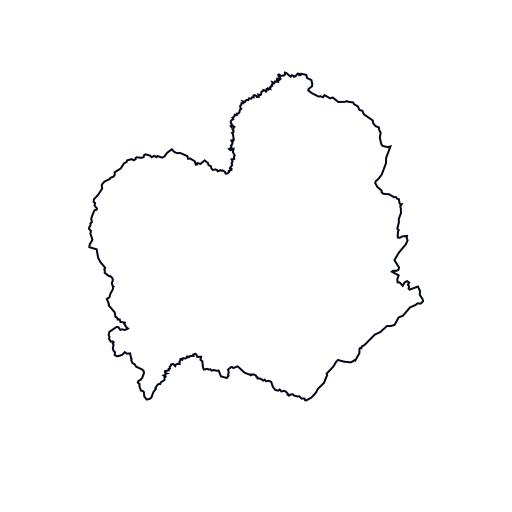 Si Satchanalai, Sukhothai, Thailand, rotated 328°
{"feature_id": "78962969B22677252120762", "entity_name": "Si Satchanalai", "entity_type": "district", "adm_level": 2, "iso_a3": "THA", "parent_name": "Thailand", "parent_adm1": "Sukhothai", "projection": "albers", "projection_center": [99.746, 17.588], "detail": "fine", "context": "isolated", "style": "outline", "palette": "ink", "viewbox_px": 512, "rotation_deg": 328, "n_neighbors": 0, "source": "geoboundaries", "source_scale": "gbopen_adm2", "svg_char_len": 6124}
<svg xmlns="http://www.w3.org/2000/svg" viewBox="0 0 512 512"><g transform="rotate(328 256 256)"><path d="M377.7,115.8L376.4,117.6L375.5,117.8L372.3,116.2L371.8,114.3L371.0,114.1L370.3,116.1L370.8,117.3L370.1,117.9L370.5,118.8L368.2,119.2L368.5,118.0L367.9,116.9L366.6,118.3L366.6,119.7L364.5,118.0L363.1,119.1L361.9,117.2L361.5,119.0L360.3,119.1L359.8,120.2L359.0,119.9L358.6,120.5L357.1,120.3L356.7,121.7L356.4,121.2L355.0,121.5L354.6,119.2L354.4,120.6L353.5,120.1L352.6,121.6L351.5,121.9L351.1,119.9L350.1,119.1L349.4,119.8L347.7,119.6L345.8,121.8L345.0,121.8L343.5,120.3L342.7,122.5L341.0,121.6L341.0,120.1L339.8,118.6L338.8,118.7L338.1,120.2L336.8,119.4L335.2,120.0L333.5,118.6L332.1,119.7L330.5,118.5L328.4,119.5L326.8,117.9L327.0,119.4L325.9,119.6L324.6,118.7L323.6,119.9L322.2,120.2L321.3,122.1L321.5,123.4L319.6,123.6L318.0,125.4L316.7,125.8L315.2,125.1L314.4,126.3L312.8,124.9L311.5,126.3L309.3,126.2L309.2,127.9L307.0,127.9L305.7,128.8L305.1,130.0L305.3,132.3L303.5,132.3L303.5,133.8L305.0,133.2L306.1,135.0L303.1,136.5L303.4,137.7L302.6,138.9L300.9,138.9L301.1,140.3L298.7,145.7L297.2,146.5L297.1,145.2L296.3,144.9L296.0,147.7L294.4,149.0L293.3,149.0L292.7,151.1L289.9,150.9L290.5,152.8L293.7,153.3L291.5,155.5L291.2,159.4L289.8,160.3L288.9,162.1L286.5,161.1L286.3,163.4L284.4,164.5L284.1,166.2L280.3,167.7L280.3,168.4L281.4,169.1L280.8,170.0L278.0,169.5L277.7,170.5L275.1,170.8L273.9,170.0L274.2,168.0L272.9,165.6L271.7,165.4L271.2,164.2L268.5,164.0L268.4,162.4L267.5,161.1L264.9,160.1L264.6,157.9L265.3,156.0L263.9,153.8L264.5,151.8L263.1,147.7L257.7,148.5L255.5,146.1L254.4,147.1L253.4,146.7L254.2,143.0L251.7,138.3L249.9,137.6L250.7,135.0L246.6,128.8L243.1,126.5L241.6,123.7L241.2,120.9L235.2,121.4L230.9,123.1L228.6,122.9L225.4,119.0L224.0,119.5L222.8,117.2L219.8,116.9L219.4,114.8L216.1,111.2L214.6,111.2L213.0,112.6L210.8,112.0L207.0,109.0L205.9,109.1L205.2,110.1L202.9,110.0L202.0,108.0L197.3,106.6L196.4,107.6L193.1,107.5L187.6,110.1L180.5,110.1L179.2,112.3L177.3,113.2L173.9,112.5L172.8,113.2L166.9,112.6L163.9,113.5L162.6,114.3L161.3,117.3L154.4,120.5L148.6,122.0L147.0,124.0L147.6,125.8L145.8,127.7L146.3,131.4L145.2,132.3L143.4,131.6L140.6,133.4L136.2,136.8L134.7,140.3L132.7,140.7L132.0,142.2L129.4,143.6L128.8,144.4L129.3,147.2L127.4,149.4L125.9,155.6L121.3,157.9L119.3,160.2L124.4,165.9L121.2,173.8L120.8,178.4L121.8,186.1L120.3,186.9L120.2,188.1L118.8,190.0L120.7,195.3L121.8,195.8L122.5,199.1L121.2,201.3L119.4,202.5L118.6,204.9L119.0,206.5L118.1,206.7L117.2,208.2L112.0,211.2L109.9,213.4L106.8,213.3L105.8,218.8L104.9,219.7L106.3,228.9L104.5,233.3L105.6,234.8L105.0,236.6L106.8,237.5L106.1,240.1L109.5,243.0L108.2,243.9L108.6,245.5L108.1,246.6L109.0,249.7L105.4,249.2L103.7,247.3L101.7,246.7L101.6,243.5L100.2,242.3L91.5,242.6L89.2,244.9L88.9,246.9L87.5,248.2L87.5,251.7L89.4,252.7L89.6,253.7L88.1,254.4L88.1,255.8L85.4,258.8L85.0,261.4L85.5,262.8L83.7,265.1L85.1,267.5L87.8,268.4L90.5,268.9L93.8,268.0L94.7,270.4L97.6,271.9L95.9,276.4L96.1,277.2L95.0,278.1L94.5,281.2L95.7,283.6L95.7,286.3L99.3,291.9L99.8,293.8L99.0,295.9L95.0,299.0L92.4,299.9L90.3,299.6L88.7,300.6L89.4,302.9L88.2,304.4L87.1,309.2L88.4,310.4L88.8,312.0L86.8,316.0L87.2,319.8L90.1,320.8L92.3,320.6L96.9,317.0L100.6,315.7L100.7,314.6L103.7,313.3L105.5,312.9L106.9,313.8L108.4,312.7L112.6,312.7L114.1,310.6L115.2,310.5L114.3,308.4L116.2,308.8L117.0,307.8L118.0,308.2L117.1,306.9L117.7,305.4L121.5,306.7L122.1,305.5L123.6,305.8L124.1,304.2L126.0,303.8L126.4,303.0L128.5,303.6L129.2,306.5L130.3,305.6L132.2,305.8L134.1,307.1L135.1,305.0L136.5,304.6L137.4,303.3L138.3,303.7L138.6,304.9L140.0,304.0L141.8,305.5L143.4,305.6L143.9,304.8L144.5,305.5L145.1,305.2L145.5,306.2L147.4,306.0L150.1,307.7L150.7,306.3L152.7,306.7L153.2,308.1L152.7,310.4L156.0,312.3L153.9,314.6L154.7,316.8L151.9,322.7L151.7,324.8L154.6,325.7L155.8,327.3L157.1,327.7L157.6,329.7L159.9,330.4L161.7,332.4L163.6,333.3L162.5,339.5L166.6,344.0L169.3,342.9L169.4,341.8L171.0,340.6L172.2,337.5L176.0,337.0L177.0,337.6L177.4,339.0L182.0,339.9L184.5,349.0L188.1,353.7L188.7,353.7L188.5,354.4L191.0,354.9L192.6,357.3L192.3,358.5L193.0,359.7L192.4,360.6L194.7,362.3L196.2,365.6L197.7,365.4L198.2,367.6L200.8,368.7L202.2,370.8L201.0,375.7L201.3,379.7L203.5,382.0L205.4,381.8L205.7,384.3L208.3,385.2L209.5,386.9L209.9,389.2L209.3,390.4L210.1,390.7L210.0,391.9L212.3,391.9L213.9,392.8L214.2,394.3L216.7,397.1L218.4,398.0L219.1,401.0L221.6,402.6L221.2,404.4L222.0,405.1L228.0,405.4L234.6,403.6L237.7,401.6L246.4,399.6L253.2,394.7L253.6,393.2L262.8,390.8L267.9,388.2L270.4,387.6L274.5,392.1L280.1,396.5L284.5,396.6L284.7,397.3L292.1,393.2L294.6,389.5L295.6,389.3L296.5,390.0L297.8,388.8L300.7,389.0L315.1,385.6L321.0,386.4L329.9,384.8L333.2,386.8L337.0,387.9L344.3,383.7L349.0,384.5L359.4,381.2L365.6,382.1L367.8,381.7L370.3,383.6L373.6,383.0L374.4,381.0L374.3,375.6L376.5,372.7L377.1,367.7L368.4,365.9L368.1,364.6L369.8,362.8L369.6,360.9L371.8,359.7L370.8,357.4L368.1,357.2L364.6,359.0L364.0,355.3L363.3,354.0L362.2,353.5L363.3,350.8L366.7,348.0L362.9,341.3L364.4,341.1L367.0,342.9L369.3,343.3L371.2,341.6L371.2,332.9L378.8,328.9L389.2,325.5L392.9,323.0L393.3,320.5L394.7,319.0L390.2,316.8L387.9,316.8L386.1,315.6L386.3,314.8L389.5,310.4L390.8,309.6L390.3,307.7L395.0,303.2L396.7,300.3L401.7,296.4L404.0,292.5L404.6,290.4L407.0,289.3L405.8,288.6L405.7,287.2L407.3,283.6L406.0,282.2L406.0,280.3L404.2,279.2L401.5,274.1L396.9,270.7L396.3,268.6L397.1,267.5L397.0,266.4L395.5,261.8L395.8,257.1L397.3,256.0L400.7,255.5L405.7,253.6L415.4,246.2L418.2,241.9L428.1,234.3L425.4,233.6L421.6,229.5L421.5,227.6L423.7,221.3L427.1,217.4L427.2,214.7L428.3,212.0L426.3,209.4L425.7,205.9L426.8,202.9L422.6,193.0L423.1,189.2L421.1,186.9L421.7,183.1L419.7,179.5L419.7,177.2L415.8,174.0L415.2,172.8L413.1,172.4L407.4,169.0L405.1,162.3L402.4,161.5L399.3,155.9L397.0,156.9L395.2,154.6L393.6,154.0L389.8,147.8L388.1,143.4L388.9,142.3L393.5,141.7L394.9,139.9L396.2,136.2L393.6,132.1L394.6,129.1L390.9,125.4L389.6,126.3L388.5,125.6L389.1,124.4L388.1,123.4L384.7,124.5L383.3,124.2L383.6,123.5L382.2,121.7L380.4,122.3L378.7,117.0L377.7,115.8Z" fill="none" stroke="#020617" stroke-width="2"/></g></svg>